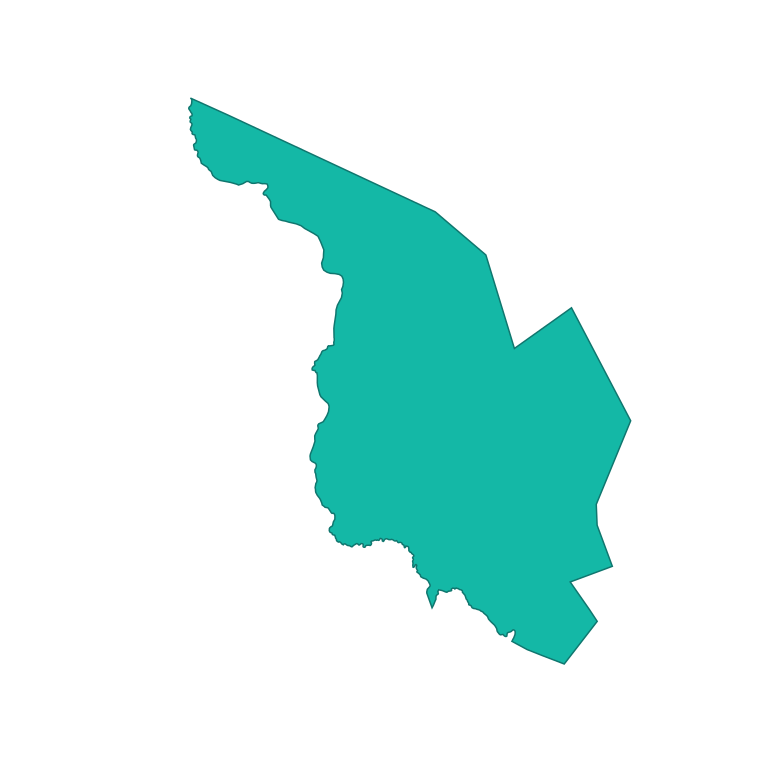 the district of Pilnaniyeu, Río Negro, Argentina, rotated 292°
{"feature_id": "61730980B63808307170695", "entity_name": "Pilnaniyeu", "entity_type": "district", "adm_level": 2, "iso_a3": "ARG", "parent_name": "Argentina", "parent_adm1": "Río Negro", "projection": "mercator", "projection_center": [-70.712, -40.709], "detail": "fine", "context": "isolated", "style": "filled", "palette": "teal", "viewbox_px": 768, "rotation_deg": 292, "n_neighbors": 0, "source": "geoboundaries", "source_scale": "gbopen_adm2", "svg_char_len": 6164}
<svg xmlns="http://www.w3.org/2000/svg" viewBox="0 0 768 768"><g transform="rotate(292 384 384)"><path d="M194.5,512.4L197.5,512.7L202.2,512.7L203.8,512.8L206.4,511.8L207.5,511.8L208.3,512.1L209.5,512.9L210.3,512.8L211.6,511.6L212.2,511.6L212.5,511.9L213.7,511.8L214.3,515.5L214.3,517.8L214.2,518.9L214.5,519.6L214.4,520.1L214.9,520.7L216.0,521.3L216.7,522.7L217.6,523.9L218.0,524.0L218.6,523.5L219.2,523.3L220.4,524.1L220.9,525.7L220.5,526.5L221.9,527.3L221.9,528.6L222.2,529.8L221.7,530.7L222.0,532.7L221.7,534.0L221.4,534.3L220.3,534.7L218.4,538.3L215.4,540.8L214.9,542.0L213.8,542.9L212.3,544.8L211.4,545.1L211.0,545.6L211.2,547.0L211.0,547.8L209.6,549.4L209.4,551.0L210.0,553.5L209.9,555.0L210.1,555.5L210.2,557.7L209.8,558.6L209.7,560.9L209.3,561.7L208.9,562.4L207.9,565.5L207.2,567.1L205.2,569.0L204.5,570.3L203.4,572.7L201.9,576.6L201.1,577.9L199.4,580.1L197.4,581.4L196.7,582.1L196.4,582.8L195.5,584.2L195.1,585.3L195.1,586.0L196.4,588.2L195.5,590.0L195.4,591.1L195.8,592.0L196.3,592.3L199.0,591.6L199.9,592.0L200.6,592.7L201.3,593.8L202.4,594.8L203.7,595.3L204.3,595.7L204.6,596.4L204.4,597.4L203.6,598.4L201.0,599.3L197.3,599.4L196.0,599.2L193.3,599.0L191.4,616.2L191.5,632.6L191.9,656.0L243.8,670.6L251.8,659.0L270.2,630.8L300.5,664.0L332.9,634.5L351.9,625.9L442.3,626.5L524.9,529.3L465.8,491.6L541.8,430.1L562.8,367.1L574.9,138.9L576.6,97.4L576.2,98.5L575.4,99.4L574.5,99.8L571.8,100.6L569.6,100.6L567.9,99.7L567.2,99.6L566.5,99.7L565.7,100.3L564.8,101.8L563.8,102.9L562.9,104.4L562.0,105.1L561.1,105.4L560.6,105.4L559.8,104.5L559.2,104.1L557.9,104.2L557.2,105.7L555.0,105.8L554.2,106.3L554.1,107.1L553.7,107.9L553.1,108.6L551.7,108.9L549.5,108.8L547.6,109.1L546.8,109.9L545.8,111.8L544.2,112.3L544.0,112.7L543.8,113.7L544.1,114.7L544.0,115.5L541.4,117.2L540.6,118.3L539.5,118.9L538.2,119.2L536.9,119.2L535.5,118.2L534.6,117.9L534.1,118.0L530.6,120.3L530.2,120.6L530.2,121.4L530.6,122.5L530.6,123.1L530.1,124.1L529.7,124.5L528.9,124.9L526.3,125.3L525.4,125.8L525.1,126.2L524.8,126.8L524.6,128.1L524.3,128.7L522.8,130.2L520.3,131.9L519.6,134.9L519.1,138.1L518.6,139.5L518.2,140.2L517.6,140.6L516.9,141.8L516.3,144.1L513.2,147.1L512.0,150.2L511.5,153.1L511.3,155.6L513.4,166.2L514.1,172.6L514.0,174.6L516.8,178.0L520.3,180.7L521.0,182.5L520.7,184.2L520.6,186.0L520.9,187.1L521.4,188.4L522.3,190.0L523.2,191.3L523.7,192.4L523.9,194.9L524.2,196.3L525.2,198.6L525.6,200.5L525.5,200.9L524.2,202.1L522.6,202.8L521.7,202.6L520.0,202.0L517.9,200.9L516.1,200.6L515.1,200.8L514.5,201.7L514.5,202.7L515.0,203.8L514.9,204.2L512.1,208.7L510.6,210.5L506.9,212.0L505.5,213.0L497.3,224.4L497.2,225.1L497.4,228.2L498.1,231.6L498.4,235.1L499.6,242.6L499.7,247.9L498.5,252.1L497.2,262.7L496.3,267.4L492.1,272.0L485.8,278.0L482.0,279.2L478.4,280.5L472.7,280.9L469.3,282.9L467.0,285.5L466.3,289.2L466.5,292.8L468.0,297.3L468.8,301.5L468.2,304.5L466.0,306.8L463.2,308.3L459.2,309.3L455.6,309.3L452.7,311.3L448.1,312.2L439.6,311.3L434.8,311.8L430.8,313.2L419.6,315.9L416.8,316.7L408.1,320.4L407.6,320.8L405.6,321.6L403.8,321.8L401.8,322.8L400.9,322.5L399.1,319.6L398.6,318.2L397.6,317.8L395.7,318.1L394.9,317.8L393.3,316.6L392.1,315.0L391.3,314.5L390.6,314.3L388.0,314.3L385.9,313.9L384.9,313.9L381.7,313.5L379.9,312.3L379.4,311.7L378.7,311.4L377.0,312.0L375.6,312.9L374.7,312.6L373.8,311.9L372.4,311.5L371.1,311.6L370.1,312.2L370.3,313.9L370.7,315.0L370.1,315.5L369.2,316.6L369.3,317.5L367.0,319.0L360.2,321.7L357.3,323.2L350.0,328.6L348.5,330.4L346.1,336.3L345.0,339.5L343.2,341.1L342.1,341.7L337.6,342.9L333.5,342.9L329.8,342.4L326.8,341.9L325.9,341.5L322.6,338.4L321.3,338.1L320.4,338.3L318.6,339.5L317.6,339.8L312.4,339.2L309.9,339.2L306.7,340.6L305.2,341.4L299.2,341.9L291.5,342.0L289.5,342.4L286.1,344.2L285.2,346.3L284.9,349.8L284.5,350.6L284.1,351.2L283.3,351.7L282.3,352.1L280.7,352.3L278.5,352.1L276.3,353.1L275.2,354.3L272.3,355.9L269.4,358.0L267.9,358.3L266.2,358.1L262.0,359.0L260.9,359.8L258.8,360.8L257.9,361.4L255.7,364.0L254.1,366.8L253.0,368.3L250.3,370.9L248.7,372.0L248.0,374.7L247.7,375.1L247.7,376.1L248.2,378.1L247.9,379.0L244.8,383.5L244.6,384.3L245.1,385.1L245.2,386.2L244.0,387.5L243.1,388.0L240.2,389.1L237.3,388.7L233.6,389.3L232.7,389.1L231.8,388.3L230.4,387.6L229.6,387.5L227.5,388.2L226.5,389.2L226.3,390.1L226.3,391.4L226.0,391.9L225.4,392.2L225.1,392.8L225.1,393.7L225.2,393.9L225.3,395.0L223.4,396.6L223.0,396.8L222.1,398.1L221.0,398.7L220.5,399.8L220.4,401.0L220.5,401.3L220.9,401.6L221.1,402.0L220.7,403.4L219.8,405.1L219.7,405.7L219.9,406.0L219.7,406.5L220.8,407.0L221.2,407.7L221.1,408.7L220.7,410.1L220.7,411.1L221.2,412.4L220.9,414.3L221.0,415.3L223.2,416.4L225.7,418.3L225.9,419.0L225.8,419.7L225.3,421.2L226.1,421.9L227.4,422.4L227.9,424.0L227.4,424.9L225.8,425.3L225.3,425.6L225.1,426.3L225.3,427.1L225.8,427.6L227.1,427.6L228.0,428.5L229.1,430.9L229.0,431.5L229.4,432.0L230.7,432.3L231.6,432.1L232.1,431.8L232.6,431.1L232.9,431.0L233.6,431.2L234.4,432.5L236.1,434.2L236.3,435.7L237.0,436.4L236.9,436.9L237.0,437.6L237.6,438.1L239.3,438.3L239.5,438.6L239.6,439.3L239.3,440.6L238.8,441.1L238.0,441.1L237.7,442.2L238.2,442.6L239.8,442.8L240.8,443.3L241.4,444.1L241.6,445.0L241.5,446.7L242.2,448.5L242.8,449.3L242.9,450.6L242.5,452.2L242.6,453.2L243.5,454.4L242.5,456.0L242.3,456.6L242.5,457.2L243.1,457.9L243.4,458.8L243.4,459.4L243.2,460.1L242.8,460.7L242.5,460.7L242.1,461.4L242.2,462.2L242.0,462.7L240.8,463.9L240.5,463.8L240.2,464.1L240.0,464.5L240.2,464.8L240.9,465.1L241.3,464.8L241.9,465.0L242.2,466.0L242.3,467.0L242.1,467.7L241.9,468.0L241.1,468.3L240.5,468.8L239.1,469.3L238.4,470.0L238.2,470.8L237.8,471.2L238.0,472.2L237.7,472.7L237.2,473.1L236.8,474.7L236.5,475.5L236.1,475.9L235.6,476.1L234.2,475.6L233.6,475.6L233.3,475.8L233.1,476.4L232.4,477.0L230.4,476.9L228.8,478.0L226.7,478.6L225.0,479.6L225.1,480.1L225.4,480.3L226.7,480.7L228.2,480.8L228.4,481.0L228.6,481.3L228.5,481.9L227.9,482.4L226.0,482.6L225.0,483.2L223.6,485.0L222.3,484.8L221.9,485.1L221.7,485.7L221.7,486.4L220.8,488.7L220.6,489.2L220.3,489.3L219.1,490.3L218.7,493.1L218.9,495.5L218.8,496.4L218.0,498.6L215.4,501.6L214.4,502.3L213.3,502.3L209.9,501.1L207.4,501.5L206.2,502.0L194.5,512.4Z" fill="#14b8a6" stroke="#0f766e" stroke-width="1.5"/></g></svg>